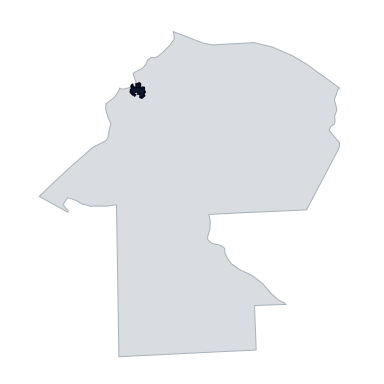 Agua Blanca, Jutiapa, Guatemala shown in context, rotated 177°
{"feature_id": "79465075B57715659618061", "entity_name": "Agua Blanca", "entity_type": "district", "adm_level": 2, "iso_a3": "GTM", "parent_name": "Guatemala", "parent_adm1": "Jutiapa", "projection": "orthographic", "projection_center": [-89.553, 14.461], "detail": "fine", "context": "in_parent", "style": "filled", "palette": "ink", "viewbox_px": 384, "rotation_deg": 177, "n_neighbors": 0, "source": "geoboundaries", "source_scale": "gbopen_adm2", "svg_char_len": 4286}
<svg xmlns="http://www.w3.org/2000/svg" viewBox="0 0 384 384"><g transform="rotate(177 192 192)"><path d="M39.2,288.1L41.2,286.2L42.9,281.5L45.0,276.7L43.8,271.1L43.1,266.6L45.6,260.1L45.4,255.2L46.5,252.2L50.0,250.3L51.9,246.5L42.2,233.5L42.2,230.6L43.6,226.9L51.7,213.2L61.4,197.0L72.1,179.0L78.5,168.2L101.4,168.3L116.6,168.4L135.9,168.6L156.8,168.7L170.6,168.7L176.3,168.6L175.3,161.5L176.1,153.7L178.7,146.6L178.7,143.5L174.6,139.6L166.7,137.4L162.3,134.0L162.3,129.7L160.4,124.5L156.6,118.4L148.6,112.1L136.6,105.6L126.4,97.0L118.0,86.2L110.9,79.3L105.4,76.3L104.1,74.8L120.3,75.1L135.5,75.3L135.8,59.9L135.9,46.2L136.2,30.8L163.8,31.0L196.7,31.1L230.9,31.2L257.8,31.3L273.6,31.3L272.9,50.4L272.1,72.6L271.5,88.8L270.7,110.6L269.9,132.8L268.8,163.2L268.1,182.8L268.5,183.3L277.5,182.3L290.9,183.1L294.2,183.0L298.3,184.7L301.5,185.2L308.3,189.6L316.3,193.0L321.4,186.2L318.7,182.1L316.7,180.1L317.0,178.3L344.8,195.6L341.6,198.3L334.5,204.6L321.7,215.3L310.3,224.8L299.2,233.5L289.3,241.3L288.1,242.1L275.4,247.7L273.3,250.3L270.6,261.3L269.4,264.0L271.7,270.1L274.0,279.5L273.3,284.5L264.5,290.6L260.5,296.0L258.7,299.6L257.1,298.6L254.4,298.4L248.1,299.7L245.1,300.0L242.6,301.6L242.3,305.0L244.0,310.5L244.6,313.4L242.8,314.7L235.1,318.0L232.0,321.3L229.1,326.3L225.7,328.5L222.2,328.1L219.6,328.8L214.3,332.6L206.2,340.0L201.8,345.4L201.7,349.5L202.5,353.2L173.1,340.1L163.4,337.8L122.0,337.9L104.3,332.6L84.2,322.6L70.7,313.5L39.2,288.1Z" fill="#d9dde1" stroke="#a8b0b8" stroke-width="1"/><path d="M244.6,291.5L244.5,291.4L244.5,291.2L244.4,290.9L244.2,290.9L243.8,291.4L243.6,291.6L243.4,291.7L243.2,291.9L243.2,292.1L243.3,292.2L243.9,292.3L244.1,292.4L244.1,292.7L244.2,292.8L244.3,293.0L244.4,293.9L244.4,294.0L244.1,294.2L243.5,294.5L242.5,294.8L242.1,294.9L241.9,294.9L241.7,294.9L241.3,294.7L241.1,294.5L241.1,294.3L241.1,293.7L241.1,293.4L241.2,292.8L241.2,292.7L240.5,292.6L240.1,292.5L239.9,292.8L239.6,292.7L239.3,292.3L238.9,292.1L238.7,291.9L238.7,291.6L238.8,290.9L238.9,290.5L239.0,289.8L239.0,289.3L238.9,289.2L238.5,289.0L238.1,288.8L237.7,288.6L237.3,288.3L237.2,288.3L236.3,289.0L235.6,289.5L235.0,290.0L234.6,290.3L234.3,290.5L234.3,290.9L234.7,291.4L234.8,291.6L234.9,291.8L235.0,291.9L234.9,292.1L234.7,292.2L234.7,292.4L234.7,292.9L234.5,293.1L234.5,293.4L234.6,293.5L234.3,293.8L233.6,293.9L233.5,294.0L233.6,294.3L233.6,294.7L233.6,295.0L233.8,295.1L234.3,295.1L234.4,295.7L234.4,295.9L234.4,296.4L234.3,297.5L234.2,297.6L234.2,298.9L235.0,299.1L235.3,299.2L236.0,299.3L236.4,299.3L236.5,299.2L236.5,298.9L236.6,298.7L237.1,298.4L237.4,298.4L237.6,298.4L238.1,298.7L238.4,298.8L238.9,298.9L239.3,299.0L238.8,299.2L238.6,299.5L238.3,299.7L238.2,299.9L238.2,300.0L238.0,301.0L237.9,301.6L237.8,302.0L237.7,302.4L237.8,302.7L237.9,302.8L238.1,302.8L238.3,303.0L238.5,303.3L238.6,303.6L239.2,303.7L240.1,303.4L240.3,303.3L240.5,303.2L240.9,303.1L241.3,303.1L241.8,302.7L242.2,302.7L242.3,302.7L242.2,302.5L242.1,302.2L242.1,301.7L242.2,301.2L242.2,300.6L242.3,300.4L242.4,299.7L242.5,299.5L245.1,299.6L244.9,299.8L245.0,300.0L245.1,300.3L245.3,300.4L245.3,300.5L245.5,300.6L245.5,300.9L245.5,301.0L245.6,301.3L245.6,301.5L245.5,301.8L245.4,301.8L245.4,302.0L245.5,302.1L245.8,302.4L245.8,302.5L246.0,302.4L246.2,302.2L246.3,302.2L246.6,302.1L246.8,301.9L246.7,301.6L246.8,301.4L247.0,301.3L247.0,301.2L247.3,301.0L247.3,300.9L247.3,300.7L247.4,300.4L247.3,300.2L247.2,300.1L247.2,299.9L247.2,299.7L247.0,299.4L246.9,299.3L246.9,299.2L246.8,299.3L246.7,299.3L246.7,299.2L246.7,298.9L246.5,298.7L246.7,298.4L246.8,298.3L246.9,298.2L247.0,298.2L247.3,298.0L247.4,297.9L247.5,297.9L247.8,297.8L247.8,297.7L248.0,297.4L248.1,297.2L248.1,296.9L248.1,296.7L248.0,296.4L248.2,296.0L248.2,295.9L248.3,295.8L248.2,295.7L248.2,295.4L248.0,295.5L247.9,295.4L247.9,295.2L248.0,295.1L248.2,294.9L248.0,294.7L247.9,294.7L247.7,294.5L247.7,294.4L247.4,294.3L247.2,294.2L247.2,293.9L247.3,293.8L247.4,293.7L247.5,293.6L247.4,293.5L247.2,293.5L247.1,293.4L246.8,293.4L246.7,293.4L246.7,293.2L246.6,292.9L246.8,292.8L246.7,292.7L246.4,292.4L246.3,292.2L246.2,292.1L245.9,292.0L245.7,292.0L245.4,291.9L245.2,291.9L245.1,292.0L245.0,291.9L244.9,291.9L244.7,291.9L244.8,291.8L244.9,291.7L244.7,291.5L244.6,291.5Z" fill="#0f172a" stroke="#020617" stroke-width="1.5"/></g></svg>